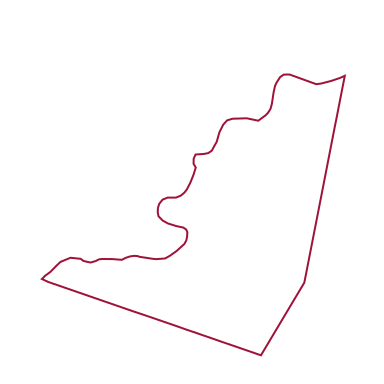 outline of Magalhães de Almeida, Maranhão, Brazil, rotated 192°
{"feature_id": "56859067B91112752221469", "entity_name": "Magalhães de Almeida", "entity_type": "district", "adm_level": 2, "iso_a3": "BRA", "parent_name": "Brazil", "parent_adm1": "Maranhão", "projection": "equal_earth", "projection_center": [-42.134, -3.322], "detail": "fine", "context": "isolated", "style": "outline", "palette": "rose", "viewbox_px": 384, "rotation_deg": 192, "n_neighbors": 0, "source": "geoboundaries", "source_scale": "gbopen_adm2", "svg_char_len": 1301}
<svg xmlns="http://www.w3.org/2000/svg" viewBox="0 0 384 384"><g transform="rotate(192 192 192)"><path d="M90.6,46.6L63.3,126.7L63.4,134.1L64.8,220.6L65.0,232.5L65.9,285.5L66.0,294.9L66.7,337.4L71.0,334.3L78.9,329.6L88.1,325.0L92.9,323.3L121.0,327.2L126.7,325.9L129.7,322.7L131.8,317.2L132.8,313.4L132.9,306.6L132.2,294.9L132.5,289.6L134.1,285.3L135.9,282.4L142.0,275.5L153.7,275.5L167.6,272.1L172.5,269.4L175.4,264.5L177.6,256.2L178.0,250.1L178.3,246.0L179.6,242.1L181.2,236.6L184.2,233.4L188.3,231.7L196.3,229.4L197.3,224.9L196.3,219.9L193.4,216.7L194.1,209.2L195.6,200.6L197.6,193.3L199.4,189.7L202.1,186.2L206.5,183.2L214.6,181.5L219.2,178.4L221.6,173.6L222.0,169.4L221.3,165.0L219.7,161.3L214.8,158.0L208.9,156.2L200.1,155.4L193.1,155.4L189.9,154.1L188.2,151.7L187.5,147.2L187.5,143.4L188.7,139.5L190.7,136.8L194.7,131.2L200.4,125.0L204.5,121.4L213.0,118.9L216.4,118.5L224.9,118.0L229.6,117.7L232.2,118.0L235.8,117.4L239.2,116.1L243.0,113.9L246.5,111.1L256.0,109.8L259.4,109.1L266.0,107.8L269.1,106.7L271.9,104.4L276.6,101.9L279.5,101.9L283.8,102.0L287.0,103.5L297.2,102.4L306.1,96.3L309.2,91.8L313.9,84.4L318.2,79.6L320.7,75.7L313.9,74.1L225.2,63.1L213.7,61.8L176.1,57.2L169.5,56.3L157.4,54.9L152.9,54.3L137.4,52.4L132.9,51.8L90.6,46.6Z" fill="none" stroke="#9f1239" stroke-width="2"/></g></svg>